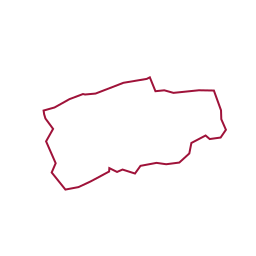 Page, Virginia, United States of America, rotated 46°
{"feature_id": "52423323B75705983490495", "entity_name": "Page", "entity_type": "district", "adm_level": 2, "iso_a3": "USA", "parent_name": "United States of America", "parent_adm1": "Virginia", "projection": "natural_earth1", "projection_center": [-78.471, 38.622], "detail": "fine", "context": "isolated", "style": "outline", "palette": "rose", "viewbox_px": 256, "rotation_deg": 46, "n_neighbors": 0, "source": "geoboundaries", "source_scale": "gbopen_adm2", "svg_char_len": 630}
<svg xmlns="http://www.w3.org/2000/svg" viewBox="0 0 256 256"><g transform="rotate(46 128 128)"><path d="M199.2,68.0L197.3,58.8L186.5,54.8L179.9,48.8L160.7,40.2L150.1,50.8L134.3,70.9L126.1,75.7L120.6,82.7L106.7,77.1L105.7,80.4L92.3,99.9L80.7,127.4L74.1,135.6L72.3,136.8L66.6,150.0L62.2,166.6L56.8,176.6L59.9,178.8L63.8,180.8L76.6,182.5L80.7,196.2L103.1,204.5L107.0,213.8L128.8,215.8L136.1,204.7L140.4,192.2L146.2,171.8L143.9,169.3L152.0,166.4L154.1,160.8L165.6,154.6L163.9,145.3L172.9,131.7L180.6,125.7L188.5,115.1L188.9,101.6L182.8,92.8L187.3,77.4L192.7,76.9L199.2,68.0Z" fill="none" stroke="#9f1239" stroke-width="2"/></g></svg>